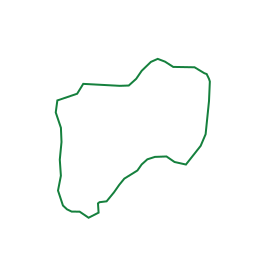 an SVG outline of Divaca, rotated 60°
{"feature_id": "SVN-1025", "entity_name": "Divaca", "entity_type": "Municipality", "adm_level": 1, "iso_a3": "SVN", "parent_name": "Slovenia", "parent_adm1": "", "projection": "albers", "projection_center": [14.026, 45.685], "detail": "fine", "context": "isolated", "style": "outline", "palette": "green", "viewbox_px": 256, "rotation_deg": 60, "n_neighbors": 0, "source": "natural_earth", "source_scale": "10m", "svg_char_len": 676}
<svg xmlns="http://www.w3.org/2000/svg" viewBox="0 0 256 256"><g transform="rotate(60 128 128)"><path d="M145.2,44.4L172.2,63.9L179.8,74.0L188.6,96.1L180.7,104.7L171.9,108.9L166.5,119.1L164.8,126.9L166.4,134.4L169.5,141.1L170.0,156.5L172.8,163.9L176.7,172.3L180.8,183.2L178.0,189.8L178.3,191.7L186.6,195.8L186.0,207.0L176.3,211.7L172.2,218.6L167.9,221.5L162.6,223.1L147.2,219.9L135.8,210.0L121.3,202.9L106.9,192.6L94.3,186.0L78.4,182.8L68.8,175.4L72.9,154.9L67.4,144.7L87.4,114.0L91.6,106.1L89.5,96.3L85.3,87.5L82.2,75.1L83.0,67.7L89.0,62.8L97.7,58.3L108.7,40.0L118.7,34.5L120.6,32.9L126.0,33.3L128.7,33.9L145.2,44.4Z" fill="none" stroke="#15803d" stroke-width="2"/></g></svg>